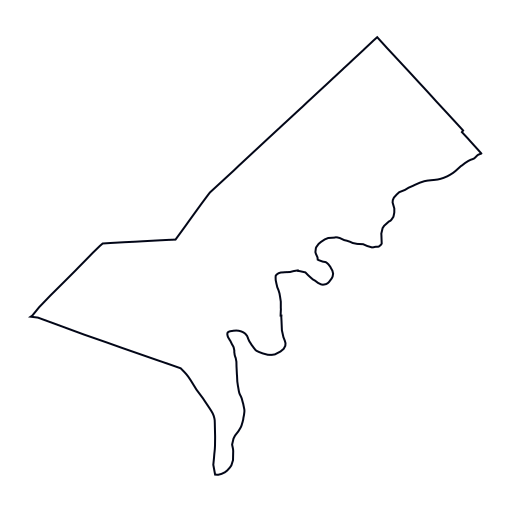 Walkerville, South Australia, Australia
{"feature_id": "25037944B33474506304148", "entity_name": "Walkerville", "entity_type": "district", "adm_level": 2, "iso_a3": "AUS", "parent_name": "Australia", "parent_adm1": "South Australia", "projection": "mercator", "projection_center": [138.618, -34.894], "detail": "fine", "context": "isolated", "style": "outline", "palette": "ink", "viewbox_px": 512, "rotation_deg": 0, "n_neighbors": 0, "source": "geoboundaries", "source_scale": "gbopen_adm2", "svg_char_len": 4981}
<svg xmlns="http://www.w3.org/2000/svg" viewBox="0 0 512 512"><path d="M215.1,474.6L218.1,474.8L221.5,473.9L224.9,472.3L227.2,470.5L229.9,467.5L231.3,465.5L231.9,463.7L233.0,460.2L233.2,451.2L233.1,449.7L232.9,448.4L232.1,444.6L233.5,438.6L234.8,436.0L235.6,434.8L238.3,431.4L239.9,428.8L240.7,427.4L241.1,426.6L241.7,425.0L242.1,423.5L242.5,422.3L243.2,419.5L243.4,417.9L244.0,414.9L244.2,413.3L244.3,412.5L244.4,411.6L244.4,410.9L244.4,410.3L244.3,409.3L243.9,407.3L243.1,403.4L242.9,402.9L242.4,401.0L241.8,398.7L241.4,397.6L240.7,396.0L240.5,395.7L239.8,394.3L239.3,393.0L239.0,391.8L238.8,390.8L238.7,390.3L238.6,389.7L238.3,387.9L237.9,385.7L237.6,383.6L237.3,381.5L237.0,375.3L236.9,374.4L236.8,372.3L236.5,366.4L236.4,361.8L235.8,358.5L235.7,358.0L235.4,357.3L235.1,356.4L234.9,355.8L234.6,354.5L234.5,353.4L234.4,353.0L234.3,352.3L234.3,350.9L234.3,350.5L234.2,350.0L234.1,349.4L233.9,348.5L233.7,347.6L233.6,347.2L233.0,346.0L232.6,345.3L232.1,344.5L231.9,344.1L230.4,341.0L229.7,340.0L229.3,339.2L229.0,338.8L228.8,338.4L228.6,338.1L228.1,337.3L228.0,336.9L227.9,336.7L227.6,335.9L227.6,335.6L227.5,335.4L227.3,334.1L227.4,333.6L227.4,333.4L227.5,333.1L227.5,332.9L227.6,332.7L227.8,332.5L227.9,332.3L228.2,332.1L228.4,332.0L228.7,331.8L228.9,331.7L229.6,331.4L230.1,331.3L231.0,331.1L231.9,331.0L233.2,330.8L233.7,330.7L234.0,330.7L234.7,330.7L235.0,330.6L235.8,330.6L236.1,330.5L236.4,330.5L236.8,330.6L238.2,330.7L239.3,330.9L240.4,331.2L240.8,331.3L241.4,331.5L242.3,331.9L242.6,332.0L242.8,332.1L243.1,332.3L243.4,332.4L244.0,332.8L245.0,333.5L245.9,334.4L246.1,334.7L246.2,334.9L246.6,335.3L247.0,335.8L247.2,336.2L247.3,336.5L247.6,337.2L247.8,337.5L248.0,338.4L248.3,339.0L248.9,340.4L249.1,340.7L249.2,341.1L249.4,341.4L249.5,341.6L250.0,342.3L250.2,342.6L250.5,343.1L250.6,343.3L250.7,343.5L250.9,343.7L251.0,343.9L251.6,344.9L251.8,345.2L252.1,345.5L252.3,345.8L252.4,346.0L252.6,346.2L252.9,346.6L253.1,346.9L253.4,347.3L253.6,347.6L253.8,347.9L254.1,348.2L254.2,348.4L254.5,348.7L255.0,349.4L255.7,350.2L256.0,350.4L256.5,350.8L259.0,352.0L262.7,353.4L267.9,354.8L271.6,354.9L274.9,354.4L280.5,351.5L283.5,349.0L283.7,348.8L285.3,345.8L285.5,343.2L284.8,340.7L283.4,337.1L281.9,330.3L281.5,320.8L281.3,317.2L281.4,315.6L280.6,315.6L280.7,313.1L280.9,309.1L280.8,308.2L280.8,304.5L280.8,301.7L280.5,299.6L280.1,297.0L279.5,293.5L278.5,290.2L277.3,287.3L276.4,283.5L275.7,280.1L275.6,277.4L275.7,275.8L276.4,274.8L277.4,274.0L278.6,273.2L280.8,272.5L282.9,272.4L285.1,272.2L288.0,272.1L290.1,272.0L293.5,271.1L297.8,270.4L297.9,270.9L299.6,271.1L302.3,271.7L305.4,272.4L308.1,275.2L310.3,277.2L312.8,279.4L315.1,280.7L318.0,282.9L321.1,284.4L322.7,284.7L323.7,284.6L326.1,284.1L327.7,283.2L329.0,282.0L331.7,278.4L332.6,276.6L333.1,273.7L332.4,270.7L330.9,268.0L330.3,266.8L328.4,264.3L327.1,263.1L325.7,262.1L322.7,261.6L318.6,260.1L317.7,259.6L317.5,257.4L315.9,253.8L315.4,252.1L315.7,249.6L315.9,248.0L316.3,247.1L318.6,243.9L321.0,241.9L324.8,239.4L328.2,238.0L334.5,237.6L335.5,237.3L336.8,237.3L339.7,238.0L344.2,240.1L346.8,240.7L350.1,241.8L352.7,243.0L357.2,243.9L359.1,244.0L363.1,244.2L367.2,246.0L371.3,247.2L371.9,247.4L373.3,247.3L375.4,246.8L378.3,246.7L379.2,246.3L381.2,244.5L381.7,243.5L381.4,235.0L381.3,233.7L382.6,228.1L384.2,225.7L388.9,221.5L390.5,220.7L391.5,219.6L393.4,216.8L393.8,215.0L394.2,213.0L394.3,212.3L394.3,208.5L392.6,202.5L392.8,200.1L393.9,197.6L396.7,194.5L399.2,192.2L405.0,189.9L408.6,187.7L413.0,185.8L414.8,184.9L419.8,182.7L424.3,181.2L427.5,180.6L431.3,180.2L434.5,179.9L437.7,179.5L440.3,178.9L443.5,177.9L447.3,176.3L450.2,174.7L453.2,172.8L455.6,170.9L458.8,168.0L460.9,166.1L461.9,165.5L465.1,163.0L468.4,160.9L470.6,159.8L472.4,159.2L473.9,158.6L475.0,157.7L477.2,155.5L478.1,154.8L479.8,154.1L481.2,153.6L481.3,153.5L481.2,153.3L473.8,145.1L470.0,140.9L467.9,138.5L461.9,132.1L463.1,130.5L449.8,116.0L436.0,101.1L427.5,91.7L418.7,82.2L409.7,72.4L396.3,58.0L392.5,53.9L386.8,47.8L377.2,37.2L373.5,40.5L360.1,53.1L353.4,59.3L348.2,64.2L343.7,68.3L342.7,69.3L334.1,77.3L333.6,77.7L327.9,83.1L320.4,90.0L306.8,102.6L302.0,107.2L300.3,108.7L300.2,108.8L276.7,130.5L269.9,136.8L264.3,142.0L254.5,151.1L245.9,159.1L241.3,163.4L239.0,165.5L233.6,170.7L222.5,180.9L220.0,183.2L209.9,192.5L207.9,195.1L201.5,203.7L197.0,209.9L188.9,221.1L185.7,225.6L179.3,234.4L175.5,239.6L168.0,239.9L158.3,240.4L142.1,241.3L135.4,241.7L124.5,242.2L110.4,243.0L102.7,243.5L100.0,245.8L92.9,252.7L85.2,260.6L78.1,267.8L75.6,270.4L64.5,281.5L50.4,295.5L39.7,306.6L39.3,307.0L32.3,315.6L30.7,316.7L37.9,317.6L83.3,334.3L83.8,334.5L106.3,342.3L122.0,347.9L156.5,359.9L172.2,365.3L180.7,368.3L184.7,372.4L186.4,374.3L188.2,376.6L190.7,380.3L196.5,389.7L203.0,398.4L204.5,400.7L209.4,408.0L211.2,410.8L212.7,413.4L213.7,415.8L214.4,418.4L214.7,420.3L214.8,422.9L214.9,427.6L215.1,436.1L215.1,438.2L215.0,445.8L214.8,449.3L214.6,451.3L214.3,454.1L214.0,457.9L213.3,464.8L215.1,474.6Z" fill="none" stroke="#020617" stroke-width="2"/></svg>